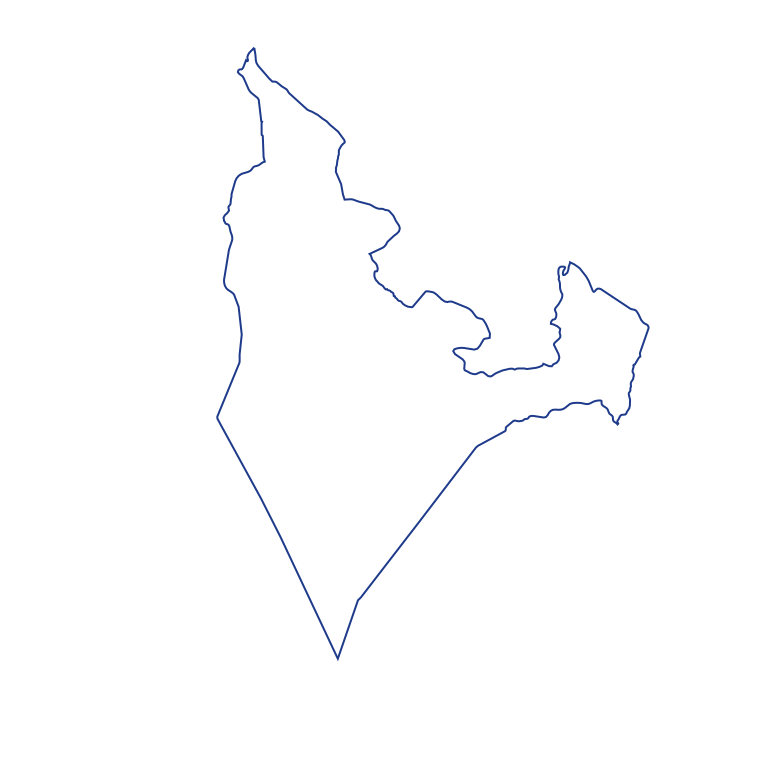 map outline of Somali (Mercator projection), rotated 109°
{"feature_id": "ETH-3134", "entity_name": "Somali", "entity_type": "Administrative State", "adm_level": 1, "iso_a3": "ETH", "parent_name": "Ethiopia", "parent_adm1": "", "projection": "mercator", "projection_center": [42.488, 7.246], "detail": "fine", "context": "isolated", "style": "outline", "palette": "blue", "viewbox_px": 768, "rotation_deg": 109, "n_neighbors": 0, "source": "natural_earth", "source_scale": "10m", "svg_char_len": 6166}
<svg xmlns="http://www.w3.org/2000/svg" viewBox="0 0 768 768"><g transform="rotate(109 384 384)"><path d="M658.8,338.2L562.7,431.7L532.5,462.8L475.9,524.9L471.0,530.2L469.2,531.0L410.8,527.6L408.6,528.2L403.2,530.1L383.6,534.6L358.3,546.6L348.5,554.7L348.0,555.3L347.6,556.0L346.8,558.1L345.7,562.4L344.7,564.4L342.8,566.5L340.5,568.0L337.9,569.1L307.5,574.3L297.5,574.4L295.5,574.9L293.3,576.0L289.8,578.8L285.5,581.4L284.4,582.4L283.9,583.6L284.0,585.5L283.7,586.3L282.8,587.0L282.0,588.2L278.9,589.9L276.2,589.4L273.5,587.9L270.5,587.0L267.9,588.5L267.0,588.7L266.1,588.5L264.5,587.8L263.5,587.8L258.6,589.0L256.9,589.1L253.8,590.0L240.6,590.7L237.3,590.3L234.3,589.1L231.6,587.0L227.6,581.4L226.0,579.9L225.0,579.3L222.0,578.3L220.9,577.7L220.3,577.1L219.2,575.2L217.7,573.5L214.0,570.9L212.6,569.1L208.7,571.7L189.1,579.3L188.7,579.6L188.4,580.6L188.0,580.9L176.9,584.8L176.7,584.8L176.3,584.6L175.7,584.6L175.7,584.8L175.7,585.2L175.5,585.6L156.0,595.0L154.8,596.5L151.9,604.3L150.8,606.3L149.6,607.8L140.7,616.0L139.1,617.9L137.8,622.0L136.7,623.7L134.8,623.8L133.8,623.1L133.3,622.3L133.0,621.4L132.4,620.7L130.5,620.1L122.8,619.9L123.4,618.7L123.1,618.1L122.3,618.0L119.5,619.6L117.1,619.7L114.7,619.2L109.2,616.6L109.9,616.0L109.5,615.5L114.5,612.8L119.8,610.5L122.2,608.9L124.2,606.4L132.6,591.9L134.4,588.0L133.6,585.5L133.5,584.2L133.8,583.0L135.8,577.7L137.1,572.2L137.5,571.4L139.8,568.6L149.5,546.0L149.8,544.4L150.0,540.7L151.2,534.0L153.0,528.9L154.3,523.8L156.6,519.2L160.4,509.4L166.3,501.0L167.6,500.0L168.6,499.9L170.3,500.9L172.5,501.9L177.0,502.7L178.3,502.6L181.5,501.5L182.0,501.4L183.6,501.5L185.5,501.0L188.0,500.8L192.6,499.8L195.5,499.8L196.1,499.5L196.5,499.2L198.1,498.9L199.2,498.5L209.0,489.6L218.0,484.6L222.5,481.3L220.3,476.0L219.8,474.3L219.7,472.5L219.8,467.6L218.9,455.8L219.4,452.6L219.8,451.0L220.0,449.4L220.1,447.8L220.0,446.2L219.7,444.9L219.2,443.5L218.8,442.1L219.0,439.5L218.5,436.5L218.9,435.1L221.3,430.8L222.3,429.4L225.9,425.9L229.0,421.8L230.3,420.6L231.8,419.7L234.8,419.5L237.8,420.9L240.7,422.9L248.4,427.0L251.5,427.5L253.0,428.0L254.4,428.7L255.7,429.7L265.7,440.0L266.4,438.6L267.4,437.7L269.7,436.1L270.7,435.0L272.8,430.8L274.5,429.0L277.1,427.4L279.6,427.2L280.5,429.2L282.0,429.2L283.4,428.8L284.9,428.3L286.2,427.5L286.6,427.2L288.2,425.6L288.7,424.9L289.0,424.3L289.1,423.8L290.0,422.6L290.6,421.4L291.6,417.1L293.4,414.5L294.0,413.1L293.3,411.9L293.9,411.2L294.0,410.5L293.8,409.2L293.9,408.5L294.5,407.4L294.6,407.0L294.8,405.4L295.5,404.5L297.6,403.4L297.4,402.6L297.7,402.1L298.1,401.8L298.4,401.5L298.5,401.5L299.2,399.6L300.1,398.3L300.4,397.6L300.5,396.8L300.4,395.4L300.5,394.7L300.7,394.2L302.0,392.3L302.8,389.5L303.1,386.5L302.3,382.6L301.9,382.1L283.0,374.7L282.4,373.7L281.9,371.9L281.4,368.5L281.3,367.1L281.5,365.9L282.3,363.4L285.2,357.0L286.2,353.5L285.9,350.8L284.8,349.0L284.2,347.5L284.0,345.9L284.8,330.8L285.4,327.3L286.7,324.3L290.1,319.4L290.9,317.7L291.0,316.1L290.6,312.4L291.1,310.9L293.5,307.8L296.1,305.2L301.9,300.2L306.0,299.1L308.5,303.6L309.3,304.3L316.7,305.8L320.2,307.2L322.1,309.9L323.9,320.3L325.0,323.6L326.5,326.5L328.3,328.8L330.4,329.2L332.6,326.6L335.1,317.6L336.7,315.2L338.0,314.5L343.5,313.1L344.6,312.2L344.9,310.8L345.0,309.1L345.6,306.1L345.6,304.4L345.5,302.7L345.1,301.2L344.4,299.9L341.3,296.6L340.6,293.8L342.6,288.0L342.1,285.5L341.0,284.4L338.2,282.4L337.0,281.3L332.7,276.5L328.9,270.5L327.8,268.0L327.7,266.9L327.8,265.2L327.5,264.7L326.4,263.6L325.7,262.3L323.6,256.4L323.5,255.4L323.4,254.0L323.2,253.5L319.2,245.5L317.2,242.6L315.0,240.3L313.0,239.9L313.4,233.8L312.6,231.1L310.2,230.3L307.8,227.7L304.8,226.6L301.7,226.9L298.8,228.8L291.6,236.1L290.4,236.3L288.8,235.7L284.1,233.1L282.4,232.6L280.8,233.0L277.9,234.9L276.6,234.9L274.4,235.4L273.0,238.8L272.5,243.0L272.8,245.8L271.3,246.2L269.7,246.0L268.3,245.4L267.5,244.1L266.7,243.3L265.3,243.1L263.7,243.2L262.3,243.6L261.0,244.2L258.9,246.1L257.7,246.7L256.4,246.6L251.7,244.9L246.6,243.9L243.9,243.8L241.5,244.4L240.9,244.8L239.2,246.6L237.9,247.6L236.5,248.5L235.1,249.1L232.1,250.2L230.8,250.9L229.6,251.7L228.5,252.7L227.9,253.0L227.3,253.1L226.6,253.2L225.9,253.3L225.3,253.6L223.3,254.9L220.6,255.9L219.1,256.2L217.8,256.3L216.4,255.8L215.5,254.9L214.9,253.6L214.5,252.0L214.7,250.8L215.9,250.6L218.6,251.2L220.2,251.1L221.7,250.7L222.6,249.9L222.0,248.6L219.0,246.9L216.1,246.9L213.1,247.5L209.7,247.5L209.0,247.4L208.4,247.6L208.9,243.3L210.1,238.8L211.0,236.4L216.5,227.9L219.9,224.0L227.7,217.2L228.6,215.9L228.0,215.0L225.3,213.9L224.3,213.0L223.7,211.4L223.7,209.8L232.6,175.6L232.6,173.9L232.3,171.3L232.4,170.1L233.0,168.8L235.1,166.2L239.9,161.5L241.6,158.6L242.0,157.0L242.2,155.3L242.7,153.7L244.0,152.4L245.3,152.0L270.0,152.1L271.8,152.0L272.9,151.5L274.0,150.8L274.7,150.6L275.1,151.1L276.6,151.7L283.9,153.2L284.2,153.5L284.3,153.9L284.7,154.2L285.2,154.3L285.6,154.1L285.8,153.8L286.3,153.6L289.8,153.4L291.5,153.0L293.4,151.1L295.0,150.5L298.4,150.1L301.6,150.9L302.8,150.9L303.6,150.7L305.8,149.7L306.4,149.6L307.5,149.7L308.0,149.6L310.0,148.9L311.4,149.1L312.4,149.5L313.3,149.5L314.6,148.9L318.8,146.2L324.3,144.5L327.2,144.2L331.5,145.3L333.0,145.3L334.2,145.8L335.8,149.2L336.8,150.1L338.2,150.4L340.8,150.7L342.3,151.1L343.1,151.3L344.0,150.9L344.6,150.2L345.2,149.6L346.2,150.0L345.4,151.3L344.8,153.9L344.3,155.0L343.3,155.8L340.7,156.9L339.8,157.9L339.3,159.2L339.0,160.2L338.6,161.2L337.7,162.2L335.5,164.0L334.7,165.0L334.1,166.5L333.5,169.1L333.1,170.3L332.4,171.4L331.2,172.1L329.9,172.5L329.1,173.0L329.2,174.4L330.4,177.2L332.1,179.8L335.5,183.1L336.4,184.4L337.1,186.1L337.9,191.8L339.1,195.9L340.8,199.7L342.4,201.7L348.3,205.5L349.8,207.0L350.9,208.9L351.7,210.9L352.2,213.0L353.4,215.9L355.1,217.6L357.4,218.6L360.2,219.1L362.5,220.1L363.7,222.1L365.5,232.1L366.3,234.6L367.7,236.1L369.3,236.5L369.8,236.8L370.4,237.4L371.0,238.8L371.4,239.5L372.0,240.0L373.3,240.8L373.8,241.4L375.3,244.2L375.6,245.4L375.8,247.5L376.1,248.6L376.8,249.6L384.8,254.4L386.0,254.5L387.5,254.0L388.5,253.9L389.4,254.4L411.8,275.0L414.2,276.4L506.4,307.0L522.0,312.3L593.4,336.4L597.0,338.2L658.8,338.2Z" fill="none" stroke="#1e3a8a" stroke-width="2"/></g></svg>